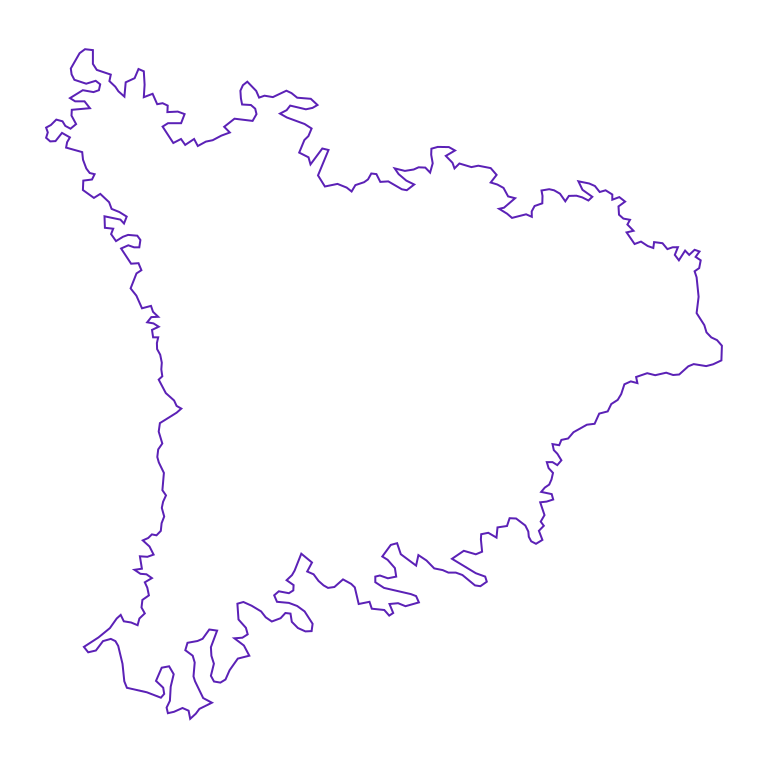 outline of Palmital, Paraná, Brazil
{"feature_id": "56859067B70868107973132", "entity_name": "Palmital", "entity_type": "district", "adm_level": 2, "iso_a3": "BRA", "parent_name": "Brazil", "parent_adm1": "Paraná", "projection": "albers", "projection_center": [-52.284, -24.889], "detail": "fine", "context": "isolated", "style": "outline", "palette": "violet", "viewbox_px": 768, "rotation_deg": 0, "n_neighbors": 0, "source": "geoboundaries", "source_scale": "gbopen_adm2", "svg_char_len": 6041}
<svg xmlns="http://www.w3.org/2000/svg" viewBox="0 0 768 768"><path d="M543.8,525.8L540.7,521.6L544.5,515.1L540.2,502.3L546.6,501.6L553.2,499.5L551.7,494.1L541.2,491.9L544.8,487.6L549.2,484.6L551.5,479.4L553.0,472.9L548.6,468.1L546.8,462.1L552.5,462.1L557.3,465.1L561.4,460.3L557.4,453.8L553.8,450.1L552.5,444.1L559.2,445.2L561.4,439.9L568.1,438.5L573.5,432.2L586.9,424.7L594.6,423.8L599.2,413.6L607.7,411.4L611.3,404.0L617.7,399.9L621.2,394.1L624.4,384.3L630.8,381.4L637.4,383.1L636.1,377.0L647.2,373.2L655.2,375.2L666.2,372.7L673.1,375.0L679.2,374.5L688.3,366.3L693.7,364.1L706.2,366.1L713.1,364.3L721.4,360.4L721.9,345.7L717.0,340.1L711.3,337.4L706.5,332.4L704.3,325.1L696.6,313.1L698.6,296.8L696.6,277.3L694.6,271.3L699.2,268.1L700.7,260.3L695.6,256.9L699.5,251.5L694.6,249.8L689.2,254.9L685.1,250.6L678.9,260.3L674.8,254.9L677.9,247.2L672.6,247.3L667.4,249.1L662.5,243.2L654.1,242.1L653.3,248.0L647.7,246.0L641.0,241.6L634.6,244.0L626.6,232.4L633.5,230.8L627.4,224.5L630.0,219.8L623.4,218.6L619.0,214.7L618.5,206.4L625.1,201.6L619.3,197.1L612.3,199.7L612.3,194.5L605.6,190.3L599.7,192.0L594.9,186.0L589.2,183.5L578.4,181.3L582.5,189.8L592.3,196.8L588.4,200.5L582.3,197.4L576.4,195.7L568.9,195.9L565.3,201.3L560.0,193.7L554.1,190.3L549.2,189.2L541.5,190.5L542.5,195.9L542.3,203.3L534.6,206.0L531.7,211.4L531.8,216.8L526.1,214.3L512.0,217.9L507.1,213.7L499.1,208.8L504.0,207.7L515.1,198.2L508.1,196.4L503.5,187.9L497.3,184.5L490.7,182.5L496.6,174.9L490.7,168.1L478.3,165.7L471.4,167.1L459.4,163.5L454.5,168.4L452.5,162.8L445.8,155.9L455.0,150.5L448.9,147.1L437.8,146.9L431.4,148.7L431.2,154.8L432.7,163.3L430.1,172.6L425.3,167.6L418.6,167.3L413.7,169.5L404.9,170.9L394.7,168.4L398.6,174.1L406.3,180.6L414.2,184.5L406.8,190.2L401.9,189.3L388.3,181.4L380.3,181.9L376.4,174.1L371.3,173.5L368.0,179.4L364.1,182.2L355.4,185.1L351.6,191.5L346.7,187.6L337.5,183.9L324.9,186.5L318.0,175.4L328.5,150.0L322.3,148.5L310.5,164.4L308.5,157.3L299.2,152.6L304.4,140.0L308.4,136.1L311.6,128.5L304.6,124.0L286.9,117.5L280.0,113.6L286.6,110.2L290.2,105.6L305.9,109.3L312.5,107.9L317.5,105.0L310.8,98.8L297.2,97.7L291.5,93.1L286.4,90.7L272.9,97.1L264.5,95.7L259.1,97.6L256.2,90.9L247.3,81.7L242.9,85.2L240.4,90.7L240.9,98.3L242.1,104.5L250.9,105.0L255.2,108.7L256.5,114.1L252.6,120.9L234.5,118.7L224.2,126.8L229.8,132.5L221.4,135.6L212.7,140.2L205.9,141.6L197.8,146.0L194.1,139.0L185.2,144.9L181.0,139.0L173.3,143.0L162.6,126.6L168.0,123.2L181.1,123.2L184.6,114.1L177.8,111.6L167.4,112.1L167.7,105.6L162.6,103.2L157.2,104.2L152.6,93.8L143.8,97.2L144.6,84.7L143.8,71.3L138.5,69.0L134.6,78.2L125.7,82.3L124.4,96.6L118.4,91.3L115.3,86.7L109.4,81.1L110.8,74.6L96.8,69.9L92.9,63.9L92.9,50.1L85.0,49.2L79.6,53.2L70.8,68.5L71.6,74.4L74.4,79.8L86.2,83.7L95.7,80.8L100.2,84.3L98.9,90.2L93.5,92.1L82.8,90.2L70.0,98.1L75.1,101.3L84.5,101.3L89.9,108.2L71.8,109.8L71.5,115.6L76.1,124.1L70.5,128.7L65.3,125.9L62.5,121.3L56.3,119.6L50.9,125.0L46.1,127.6L47.8,132.4L46.1,137.8L50.2,141.4L55.5,141.1L62.0,132.9L69.9,137.4L67.1,142.2L66.1,147.6L82.2,152.1L83.0,159.7L86.3,168.5L89.7,173.0L94.6,174.2L92.0,179.5L83.3,180.6L82.9,190.0L93.9,197.9L100.3,193.9L109.1,202.2L111.6,208.9L119.3,212.0L126.7,216.6L124.0,223.5L120.4,219.6L104.5,216.3L104.9,227.8L113.2,228.7L111.1,234.1L116.0,241.1L122.9,236.8L128.1,234.9L137.3,235.7L140.4,240.0L139.3,247.3L134.0,247.3L128.3,245.3L121.1,248.5L131.1,263.7L138.5,263.2L141.4,270.2L136.5,273.4L130.6,288.4L136.4,295.7L142.0,308.3L151.0,305.9L153.0,311.8L158.2,316.8L151.3,317.1L147.2,322.3L153.5,323.4L158.7,326.7L152.0,329.9L153.1,337.3L158.2,337.3L156.9,343.1L157.1,349.1L160.2,354.7L161.8,362.7L161.3,369.4L162.3,376.3L158.7,379.6L165.8,393.1L174.1,400.5L176.6,405.9L181.3,408.6L176.6,412.7L159.9,423.1L158.7,431.6L162.3,443.5L158.2,449.4L157.3,457.0L158.8,462.4L163.9,472.9L162.4,490.2L166.0,495.4L163.1,501.7L161.8,507.9L164.2,516.5L161.6,523.2L160.8,530.9L156.5,535.3L151.9,534.4L148.2,538.0L142.8,540.4L149.5,546.5L153.6,554.6L147.4,556.8L139.9,556.3L141.9,568.7L134.5,569.8L140.4,573.8L146.5,574.3L151.9,578.1L144.8,582.3L147.3,587.7L148.9,595.4L142.4,599.9L141.5,607.5L144.8,613.4L139.4,618.5L137.6,625.2L131.1,622.5L123.8,621.3L120.7,614.9L116.7,618.5L109.9,628.1L98.4,637.5L83.9,646.9L88.2,652.3L95.9,650.5L103.0,641.1L110.8,638.9L115.4,641.1L118.2,645.9L122.5,663.8L124.3,681.3L126.9,687.8L146.9,692.3L160.9,697.7L164.2,693.9L163.2,687.7L156.0,680.9L161.7,667.7L169.1,666.3L173.7,674.2L170.7,686.7L169.9,700.8L166.6,707.6L167.9,713.2L174.0,711.8L182.5,708.0L188.6,710.7L190.2,718.8L195.8,713.7L199.4,708.9L211.9,702.7L203.2,698.1L195.0,681.2L193.5,676.4L194.7,662.5L192.7,655.7L185.3,650.2L187.5,642.8L197.5,641.0L202.6,638.8L209.3,629.5L217.1,630.6L210.9,647.2L211.4,655.8L213.9,663.7L210.9,675.8L214.0,681.5L220.4,682.6L225.5,679.5L229.6,670.2L237.8,658.6L249.3,655.7L243.9,645.5L234.4,638.3L242.4,637.7L247.7,634.3L245.9,627.8L238.5,619.5L237.4,603.7L243.4,602.0L251.6,605.7L261.1,611.4L265.7,617.3L271.8,621.5L280.6,618.2L285.4,613.0L290.5,613.6L291.8,621.8L297.9,628.0L305.4,631.4L311.6,631.1L312.6,623.8L304.6,611.4L297.2,606.0L288.9,602.9L277.0,601.8L274.2,595.3L278.8,591.3L288.9,593.2L293.3,590.4L293.6,585.1L286.6,580.2L292.0,575.1L294.6,570.6L301.3,553.7L312.0,562.5L307.2,571.5L313.6,574.3L318.5,580.9L323.6,585.4L328.0,587.9L334.4,587.0L343.0,579.4L351.2,583.9L354.8,587.4L358.7,604.0L369.5,601.8L371.8,608.7L384.3,610.0L389.2,615.6L393.2,613.0L389.5,604.0L398.1,603.2L405.5,606.2L418.9,602.4L416.1,596.1L410.9,594.1L384.0,587.9L375.3,582.2L375.3,576.6L379.9,575.5L387.9,578.3L396.2,576.6L394.9,568.1L387.6,559.8L382.3,556.5L390.8,544.9L397.1,543.2L400.8,554.2L416.1,565.6L418.4,555.1L426.5,560.5L434.2,568.4L442.7,570.1L448.4,572.6L455.8,572.6L462.4,575.0L475.0,585.4L480.4,586.2L486.8,581.7L485.2,576.6L475.8,573.2L452.0,558.8L463.8,550.8L475.8,554.3L482.1,551.7L480.9,539.4L481.2,534.2L488.3,532.8L496.5,537.6L497.5,527.4L507.0,526.0L509.6,518.2L516.1,518.5L525.3,525.5L528.3,531.5L528.8,536.8L531.2,541.3L536.0,543.8L542.4,539.9L538.9,530.8L543.8,525.8Z" fill="none" stroke="#5b21b6" stroke-width="2"/></svg>